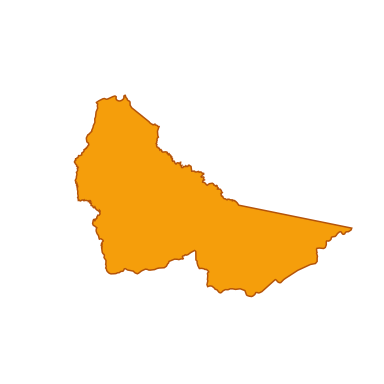 outline of Apartadó, Antioquia, Colombia, rotated 57°
{"feature_id": "7082276B99397100908240", "entity_name": "Apartadó", "entity_type": "district", "adm_level": 2, "iso_a3": "COL", "parent_name": "Colombia", "parent_adm1": "Antioquia", "projection": "mercator", "projection_center": [-76.61, 7.921], "detail": "fine", "context": "isolated", "style": "filled", "palette": "amber", "viewbox_px": 384, "rotation_deg": 57, "n_neighbors": 0, "source": "geoboundaries", "source_scale": "gbopen_adm2", "svg_char_len": 6074}
<svg xmlns="http://www.w3.org/2000/svg" viewBox="0 0 384 384"><g transform="rotate(57 192 192)"><path d="M309.3,77.7L228.5,160.0L226.0,160.0L223.9,160.4L223.2,160.9L222.6,160.8L221.6,161.7L221.6,162.2L221.0,162.3L221.1,162.7L220.7,162.5L220.3,162.8L219.8,163.7L218.7,164.7L218.1,164.9L218.0,165.4L217.5,166.0L217.7,166.7L217.1,167.3L216.1,167.6L215.1,168.7L213.5,169.0L212.5,168.6L211.8,168.9L211.7,169.3L210.9,169.4L210.0,169.0L209.5,168.3L208.9,168.4L209.0,166.9L207.6,167.0L207.1,166.7L205.2,166.7L204.0,168.0L203.7,168.7L203.3,169.0L202.8,167.8L201.0,168.1L200.6,167.6L200.2,167.6L199.8,167.9L199.9,169.0L198.4,169.4L197.9,169.9L196.9,169.6L195.7,170.2L194.5,172.9L194.6,175.6L193.4,176.0L191.8,176.1L190.5,176.7L189.5,177.7L188.5,176.8L188.6,175.0L187.5,175.4L186.2,174.0L185.6,174.2L184.8,175.9L184.2,176.1L183.5,174.3L183.4,172.4L182.7,172.1L181.9,173.1L180.0,173.6L179.4,175.3L178.8,175.1L178.2,175.4L177.7,177.3L176.9,178.4L175.9,178.5L174.4,180.9L170.0,178.9L167.8,179.9L167.7,180.5L168.3,181.7L167.7,182.2L167.6,182.7L166.6,182.9L167.0,183.9L166.1,185.0L166.6,186.4L165.9,187.3L165.1,187.2L164.2,186.0L163.6,187.1L162.9,187.1L160.9,185.3L160.7,185.6L161.2,186.9L160.9,187.4L160.0,187.7L159.6,188.3L159.5,189.1L159.9,189.9L159.7,190.3L158.3,190.5L156.6,190.1L156.1,190.5L156.0,191.2L155.6,191.5L155.0,191.2L154.2,191.3L154.0,190.6L153.1,190.1L152.3,190.7L151.4,189.9L150.9,190.6L149.9,189.9L149.1,190.1L148.2,191.2L147.8,190.4L147.3,190.4L147.2,191.3L146.5,191.8L146.1,191.8L145.4,191.1L144.1,192.0L142.5,194.9L141.4,195.3L140.8,194.8L139.4,195.0L139.4,196.1L137.3,195.7L136.9,196.3L135.9,196.2L135.0,196.9L133.5,196.3L133.1,195.6L131.9,195.8L131.3,194.6L130.4,194.1L129.7,193.1L128.9,192.8L127.9,191.7L127.7,190.3L126.1,190.0L122.1,187.8L119.2,184.0L118.4,185.0L117.8,184.9L116.7,185.3L115.9,186.3L114.9,186.1L114.5,188.1L113.8,188.3L112.8,189.0L110.5,189.8L109.9,189.7L88.5,196.7L85.5,196.6L82.8,195.0L81.8,195.0L80.6,195.7L79.3,196.0L78.3,195.6L76.2,196.0L76.0,195.7L74.6,195.3L74.3,195.9L74.4,196.8L76.1,198.0L76.7,199.2L76.8,201.3L76.4,202.9L75.4,204.2L73.5,205.1L72.4,204.9L70.8,203.7L69.8,204.1L69.4,204.6L68.9,206.4L68.0,212.5L67.5,213.4L65.9,214.5L65.3,215.9L64.8,220.3L64.8,223.4L65.5,223.5L66.7,223.1L68.4,224.6L70.3,225.4L72.6,228.8L76.5,232.0L77.6,233.6L80.8,235.6L82.6,238.6L84.0,239.9L85.7,242.5L86.5,243.0L86.9,245.2L87.4,246.5L87.2,247.0L87.5,247.5L87.3,248.2L89.0,251.0L89.8,251.6L92.3,252.7L93.2,252.8L94.4,252.2L96.3,252.9L96.5,254.1L97.3,255.2L97.1,256.3L97.9,256.8L97.6,257.9L98.0,258.5L97.7,259.0L97.8,259.7L98.5,259.9L99.2,261.0L99.3,263.2L100.8,264.3L100.4,266.4L99.7,267.3L101.0,268.9L100.8,270.0L101.0,271.0L100.7,271.5L101.2,272.0L102.2,272.4L102.1,273.4L102.7,274.2L103.5,274.4L104.0,274.1L104.8,274.4L106.6,274.1L107.5,274.7L108.3,274.1L108.8,274.1L108.9,274.5L109.7,274.3L109.8,275.4L111.4,275.9L112.4,277.4L112.5,278.2L114.4,278.8L116.5,280.9L117.4,281.4L118.6,283.5L119.3,283.8L120.0,283.6L120.6,284.3L121.6,284.6L121.9,284.5L122.1,283.9L122.8,284.6L123.4,284.3L123.9,285.4L124.6,285.3L124.5,284.6L125.3,284.9L125.5,285.8L126.2,285.8L126.8,286.5L129.2,287.4L131.2,288.8L133.5,289.7L134.5,290.5L134.2,290.7L134.4,291.0L135.3,291.0L137.1,291.9L137.2,291.5L137.6,291.4L137.4,291.0L138.8,290.3L138.8,288.7L139.3,287.8L140.1,287.6L139.9,286.7L140.7,286.8L141.3,285.4L143.0,283.9L143.1,282.9L143.8,282.6L143.9,282.0L144.3,282.0L144.3,283.3L144.9,282.6L145.2,283.4L146.0,283.5L146.6,282.5L148.1,283.9L148.5,283.9L149.2,283.1L150.1,282.9L150.8,283.2L151.5,283.1L152.0,282.5L151.6,281.6L153.8,281.9L155.8,281.4L157.0,280.6L157.8,280.6L158.0,280.1L157.0,279.5L157.5,279.4L158.3,279.7L159.3,280.7L160.1,280.9L160.5,281.4L160.9,282.5L160.1,283.7L161.0,284.7L161.2,285.6L162.3,286.2L162.4,286.8L162.0,288.0L163.2,288.9L163.0,289.3L161.7,289.1L161.5,289.5L162.0,290.3L164.4,292.6L166.3,292.9L167.4,292.2L170.2,291.3L170.6,292.1L171.8,293.2L173.0,293.8L175.3,294.3L177.2,294.2L178.2,294.4L180.9,295.4L181.2,295.3L181.3,294.4L182.0,293.6L184.2,292.9L184.8,293.2L185.1,294.5L185.6,295.3L186.1,295.4L186.0,295.9L187.1,296.1L186.9,296.6L187.5,296.7L187.5,297.0L187.2,297.0L187.5,297.4L189.0,297.2L189.4,298.1L189.9,298.1L190.2,298.5L190.7,298.5L191.1,298.9L193.7,300.1L195.2,300.2L196.7,299.8L197.7,300.2L199.1,301.5L202.5,301.4L205.1,303.2L205.5,303.8L207.0,304.1L208.0,304.8L208.7,305.8L209.8,305.7L211.5,306.3L212.7,306.3L215.0,305.7L216.5,304.6L218.2,301.7L219.0,300.2L219.2,298.4L220.0,297.1L219.9,294.7L220.5,293.9L220.8,292.6L219.6,290.6L220.0,289.6L222.2,288.6L226.3,284.4L228.8,283.8L230.8,282.4L231.0,281.0L230.7,277.3L231.3,273.1L232.5,271.7L233.9,270.8L234.7,269.7L236.7,265.6L237.1,263.1L237.8,261.1L240.4,256.5L240.3,253.9L238.9,251.4L238.8,250.4L237.7,249.1L238.8,243.2L240.4,241.0L241.6,239.8L242.1,237.6L243.2,236.2L243.1,235.6L241.1,235.4L240.7,234.7L241.2,232.8L240.9,231.9L241.8,231.2L242.3,229.6L242.1,225.8L242.4,221.7L243.2,221.3L244.1,221.3L251.1,225.7L252.9,225.4L254.2,226.3L256.7,227.1L259.9,227.5L260.2,227.5L261.3,225.5L262.9,223.8L263.9,223.4L264.8,222.1L266.5,221.5L268.1,221.5L268.2,222.4L268.8,223.5L270.7,224.3L273.9,226.8L275.1,227.1L277.8,229.9L279.9,230.4L280.5,228.1L281.9,226.5L285.1,225.5L286.1,225.6L287.5,224.4L291.0,223.9L292.0,223.2L292.3,222.2L291.8,219.7L292.0,217.3L293.6,215.0L294.0,212.7L295.4,210.6L297.4,208.5L299.4,204.3L303.5,201.3L307.9,202.3L308.8,202.1L310.5,200.8L312.1,199.0L312.4,197.7L312.2,195.2L311.1,193.3L311.7,192.2L312.8,191.3L313.3,190.2L313.6,187.7L310.8,169.9L312.0,169.2L313.8,169.1L315.1,168.5L316.0,167.7L316.3,166.9L315.4,162.8L315.3,160.4L315.3,145.9L317.3,132.1L319.2,127.4L318.4,124.9L315.4,122.9L314.3,121.8L311.2,120.9L310.8,120.0L309.8,119.8L307.7,118.7L307.3,117.7L307.7,117.2L308.2,115.9L311.0,112.5L311.1,111.8L311.1,110.4L309.4,108.1L306.9,106.5L306.4,105.8L307.6,104.0L307.7,102.7L307.4,101.3L306.0,99.7L306.0,98.9L307.2,96.2L307.0,94.8L306.1,92.7L305.8,90.0L306.0,89.3L306.5,88.8L309.3,88.6L310.0,88.0L310.2,87.3L310.2,86.6L309.5,85.4L309.5,84.6L309.6,83.9L310.5,82.5L310.5,79.7L310.4,79.1L309.3,77.7Z" fill="#f59e0b" stroke="#b45309" stroke-width="1.5"/></g></svg>